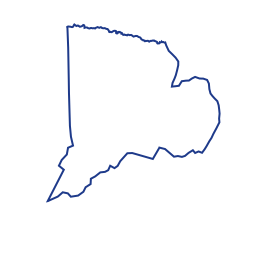 Lac Iro, Moyen-Chari, Chad (Robinson projection), rotated 196°
{"feature_id": "50815135B94662216566844", "entity_name": "Lac Iro", "entity_type": "district", "adm_level": 2, "iso_a3": "TCD", "parent_name": "Chad", "parent_adm1": "Moyen-Chari", "projection": "robinson", "projection_center": [19.344, 9.791], "detail": "fine", "context": "isolated", "style": "outline", "palette": "blue", "viewbox_px": 256, "rotation_deg": 196, "n_neighbors": 0, "source": "geoboundaries", "source_scale": "gbopen_adm2", "svg_char_len": 3398}
<svg xmlns="http://www.w3.org/2000/svg" viewBox="0 0 256 256"><g transform="rotate(196 128 128)"><path d="M75.9,113.1L72.3,114.8L68.2,115.1L65.5,116.9L62.9,120.8L59.5,124.5L56.6,122.5L53.7,124.9L50.0,124.6L48.5,128.6L47.5,132.1L46.2,137.6L45.0,141.5L44.3,145.9L42.9,152.3L41.7,158.7L43.0,162.1L43.9,167.0L45.4,170.8L47.1,174.8L49.5,178.4L52.9,180.3L55.6,182.0L58.2,183.9L60.5,187.8L62.5,193.0L65.2,196.0L69.3,196.2L72.8,195.3L77.6,195.6L80.3,193.1L82.5,190.4L85.3,189.5L89.2,187.8L90.7,182.6L94.0,181.2L97.2,179.9L97.6,183.6L96.9,188.4L96.6,191.9L96.7,197.0L97.0,202.2L98.0,205.8L101.6,208.7L105.6,211.0L110.1,213.4L114.1,218.0L115.7,220.4L115.8,220.3L116.0,220.2L116.3,220.1L117.8,220.4L118.6,220.0L119.0,220.1L119.4,220.3L119.4,220.2L119.7,219.8L120.2,219.2L120.5,219.2L121.1,219.3L121.3,218.0L122.8,217.4L123.2,217.5L123.6,218.4L123.7,218.6L124.1,218.8L125.8,219.0L126.1,219.1L126.3,219.0L126.8,219.1L127.2,219.3L127.4,219.1L127.8,218.9L128.2,218.9L128.3,218.8L128.8,218.7L129.4,218.2L129.6,218.1L129.9,218.0L130.5,217.9L131.1,217.2L131.3,216.9L131.6,216.9L131.8,216.9L132.6,217.3L133.0,217.3L133.7,217.0L135.7,216.1L135.8,216.2L136.1,216.6L136.4,216.6L137.5,216.4L138.0,216.8L139.2,216.8L139.4,216.9L139.6,217.0L140.1,217.4L140.3,217.7L140.7,218.0L141.0,218.2L141.2,218.3L141.3,218.3L141.5,218.4L142.3,218.4L143.0,218.4L143.5,218.6L144.3,218.9L144.5,218.9L145.0,218.9L145.4,218.7L146.0,218.6L147.9,217.4L149.6,218.0L149.9,218.2L150.7,218.3L152.1,217.7L153.1,217.8L153.3,217.8L153.8,217.7L154.1,217.2L154.4,216.8L155.7,216.9L156.4,216.6L157.1,216.8L157.4,216.8L157.5,216.8L157.6,216.7L158.2,216.2L158.3,216.3L158.5,216.4L159.3,216.8L159.5,216.9L160.2,216.8L160.3,217.7L161.4,217.7L161.8,217.7L162.3,218.1L162.7,218.0L163.1,217.6L163.3,217.4L163.5,217.7L163.8,217.7L164.2,217.3L164.3,216.1L164.5,215.9L165.1,215.8L165.6,216.0L165.9,217.0L166.0,217.5L166.2,217.8L166.6,217.8L166.8,217.9L167.4,217.8L168.1,217.6L168.5,217.3L168.8,217.1L170.0,215.7L170.5,215.5L171.5,215.6L171.7,215.4L171.9,215.2L172.4,215.1L172.7,215.4L172.8,215.5L173.2,216.2L173.7,216.6L174.0,216.8L174.9,217.5L176.1,217.3L177.9,217.6L179.1,217.1L179.5,217.0L180.3,217.0L180.7,217.0L180.8,217.1L181.2,217.3L181.5,217.4L182.0,217.4L183.2,216.4L185.1,216.6L185.3,216.4L185.8,216.0L186.9,215.1L187.1,214.6L188.3,214.6L189.3,214.1L191.0,214.0L191.3,213.9L192.2,213.2L192.3,213.1L193.0,213.0L194.0,213.0L194.9,213.3L195.5,213.2L196.4,213.0L197.4,212.3L197.9,213.7L198.0,214.0L198.4,214.6L198.7,214.7L199.4,214.7L199.6,214.3L200.1,213.5L200.4,213.2L200.9,212.8L201.7,212.3L202.4,212.1L202.5,212.2L203.1,212.4L203.4,212.4L203.6,212.4L203.7,212.6L203.9,212.7L204.7,212.6L205.8,211.8L206.2,212.0L207.3,212.4L208.1,212.7L208.4,211.9L208.6,210.6L208.9,210.0L209.3,209.7L209.5,209.6L210.2,209.5L211.2,209.5L213.5,209.1L214.0,208.7L214.3,208.4L214.1,207.9L213.9,207.7L213.7,207.2L207.6,188.6L198.5,158.9L194.4,145.4L184.4,114.0L180.4,103.8L176.0,95.9L180.2,92.5L179.5,85.6L179.8,85.1L182.9,79.0L184.0,72.7L178.2,70.2L185.0,35.6L184.8,35.7L184.5,36.0L183.9,36.5L183.0,37.3L176.6,42.7L175.9,43.7L173.0,48.2L167.8,48.6L164.0,46.2L157.3,49.3L153.3,54.4L152.4,59.4L148.5,63.8L149.7,69.0L146.2,72.4L142.4,77.7L138.0,79.5L135.5,81.9L135.4,82.0L134.7,86.8L129.9,85.7L129.5,86.2L127.5,88.7L126.3,94.0L121.7,103.5L121.2,103.7L117.0,105.1L95.6,105.1L92.4,117.7L92.4,117.8L86.6,118.0L75.9,113.1Z" fill="none" stroke="#1e3a8a" stroke-width="2"/></g></svg>